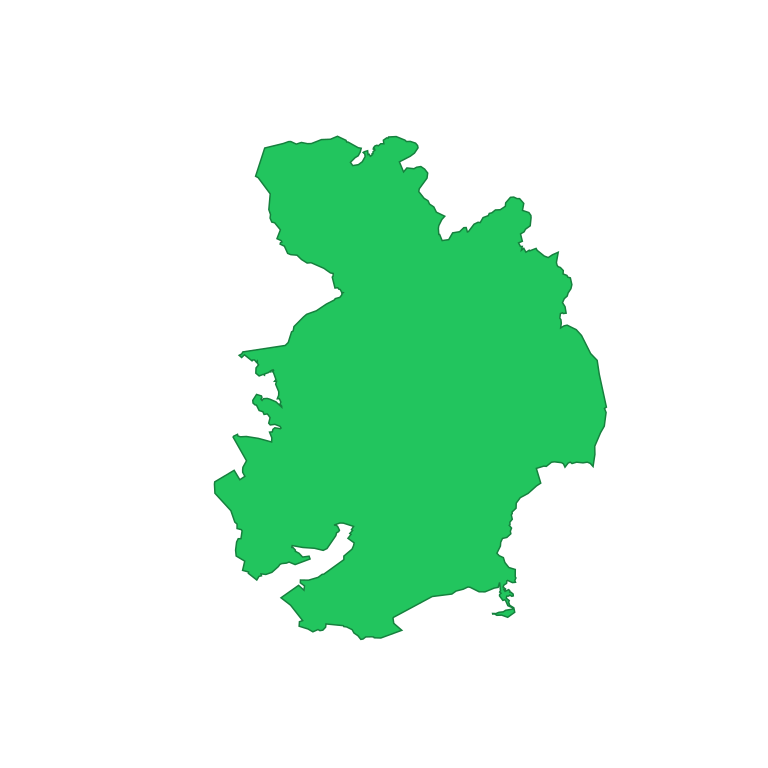 outline of Valle de Bravo, México, Mexico, rotated 239°
{"feature_id": "50627088B62549344911498", "entity_name": "Valle de Bravo", "entity_type": "district", "adm_level": 2, "iso_a3": "MEX", "parent_name": "Mexico", "parent_adm1": "México", "projection": "natural_earth1", "projection_center": [-100.12, 19.185], "detail": "fine", "context": "isolated", "style": "filled", "palette": "green", "viewbox_px": 768, "rotation_deg": 239, "n_neighbors": 0, "source": "geoboundaries", "source_scale": "gbopen_adm2", "svg_char_len": 6171}
<svg xmlns="http://www.w3.org/2000/svg" viewBox="0 0 768 768"><g transform="rotate(239 384 384)"><path d="M440.7,269.4L437.6,263.1L435.1,261.9L432.5,262.7L431.6,263.8L425.6,263.3L422.6,265.9L419.7,265.5L418.5,268.5L416.9,268.8L413.8,269.0L409.8,265.0L407.5,265.4L405.6,269.7L401.2,273.1L399.3,273.1L399.1,272.1L402.7,267.9L402.3,265.4L400.5,263.6L401.7,261.1L395.6,260.1L392.2,257.8L402.1,248.3L409.9,239.0L412.7,233.7L414.7,232.0L416.3,232.5L416.7,228.2L416.2,227.3L389.0,226.6L385.3,220.2L383.2,218.6L381.1,217.4L376.5,217.2L376.2,211.1L387.2,211.1L387.3,188.5L385.5,187.1L377.4,182.8L354.3,187.5L342.5,185.0L339.6,185.9L335.8,183.6L332.6,186.7L331.2,186.7L325.1,181.7L326.5,179.4L324.5,176.3L318.0,171.2L312.7,168.7L303.9,173.4L297.1,166.8L292.6,171.1L291.6,170.2L281.5,174.0L283.5,177.8L282.7,180.2L284.6,180.8L281.6,184.6L280.3,190.9L281.9,199.4L283.0,201.9L282.7,203.9L280.7,208.2L280.3,210.9L275.0,214.8L272.1,230.5L275.0,231.1L277.6,225.1L282.7,224.0L286.3,221.8L287.3,222.5L290.8,221.7L291.4,220.8L292.8,222.1L285.7,230.2L279.0,239.8L272.7,246.2L272.3,250.4L278.8,264.6L280.9,266.7L280.8,269.0L281.6,270.5L285.9,270.9L287.6,270.2L288.8,268.5L287.6,274.5L285.7,277.5L277.6,284.6L275.9,281.1L274.6,281.6L273.5,277.7L272.1,278.3L270.3,273.6L263.2,276.6L261.0,274.5L258.9,271.5L257.2,261.0L254.1,259.1L252.0,234.4L252.7,232.9L252.2,228.0L254.7,218.3L259.0,211.4L256.7,209.9L251.9,211.9L248.5,209.2L255.4,207.1L253.8,185.6L242.5,190.0L223.1,192.4L223.8,189.1L220.1,186.5L213.1,192.7L208.2,195.4L207.5,201.0L205.6,202.0L204.5,204.8L205.6,208.7L208.2,210.7L197.8,224.7L196.8,224.6L195.1,226.8L189.8,230.2L186.0,230.0L181.7,232.0L177.0,232.6L176.2,234.7L176.6,238.1L173.7,243.2L172.5,244.8L171.5,244.9L167.9,250.5L163.7,272.4L173.8,269.1L178.6,271.1L179.1,271.9L177.0,315.9L169.0,334.0L169.4,339.2L167.3,346.2L166.8,351.4L165.4,353.1L156.9,358.5L153.8,363.6L152.3,373.4L150.9,377.1L154.4,380.9L146.9,377.4L146.1,376.0L144.4,376.6L144.0,374.7L142.9,373.9L137.3,374.4L136.8,376.3L135.9,376.7L130.2,376.0L125.6,379.2L124.6,378.9L127.4,371.7L127.3,368.9L129.1,365.0L129.6,361.7L131.4,358.9L130.8,358.7L130.0,360.3L127.6,361.6L125.3,365.8L120.3,369.9L121.0,378.5L125.3,380.0L129.6,377.8L132.8,378.5L133.8,379.8L137.4,378.5L138.9,379.9L138.0,381.7L138.3,383.1L136.2,384.2L135.8,385.7L137.5,386.5L140.3,385.5L140.9,384.6L141.7,385.3L143.5,385.0L143.9,381.0L146.1,380.9L145.3,382.0L145.7,382.6L148.6,381.5L149.9,383.3L150.0,386.4L152.0,387.9L152.0,388.8L147.6,391.8L146.3,394.6L148.3,395.0L149.8,397.2L151.2,397.2L157.4,401.0L162.4,396.5L168.8,395.7L173.7,396.9L177.5,394.3L180.8,393.6L185.1,400.3L188.2,402.5L190.6,406.0L189.2,410.3L190.3,415.6L192.8,416.5L194.8,419.1L198.4,418.6L198.6,419.6L200.7,420.7L202.0,424.3L206.2,425.7L206.9,427.2L208.3,427.8L209.5,433.2L213.8,436.0L216.4,442.3L216.0,451.2L218.1,462.2L218.3,467.3L233.2,471.1L231.3,478.7L229.8,480.7L230.7,487.3L229.5,490.0L225.1,495.7L223.1,496.7L219.5,496.3L221.4,501.1L221.1,503.4L219.0,504.2L217.8,508.8L213.9,514.0L212.3,518.0L209.8,519.9L205.6,520.7L215.0,528.5L222.1,532.6L230.7,544.5L234.4,551.1L245.2,559.7L249.5,560.4L249.6,562.7L281.4,573.5L294.5,578.9L303.7,576.8L323.9,578.3L331.5,576.8L340.1,571.3L341.1,568.3L341.1,564.3L344.8,567.3L348.1,568.8L349.9,568.6L353.5,571.5L353.1,573.7L352.1,573.9L350.9,576.6L357.0,579.0L361.8,578.9L364.3,582.5L365.0,586.3L367.2,588.7L369.4,593.3L372.4,596.2L379.0,598.4L380.9,596.6L382.9,596.7L386.1,594.2L388.9,596.1L393.0,595.2L395.0,593.6L397.0,593.6L399.4,594.4L407.2,601.2L408.0,594.9L407.8,589.9L411.1,587.3L419.7,584.1L421.9,584.2L423.1,577.5L423.9,577.4L423.9,573.5L428.3,573.7L427.9,570.7L430.7,573.4L431.6,571.8L435.7,572.0L435.1,576.1L442.3,578.3L442.3,582.5L443.8,585.0L444.3,590.8L450.8,595.7L452.8,596.7L456.3,596.5L461.5,592.1L466.8,596.8L473.1,595.7L474.4,593.5L477.4,591.5L478.9,588.5L476.6,581.6L473.8,579.5L473.5,573.4L475.8,569.1L475.2,564.5L476.0,562.1L474.6,560.1L475.6,554.6L472.8,549.6L474.2,547.9L474.6,543.5L471.2,535.0L471.4,533.8L475.8,535.0L476.9,532.9L475.6,527.2L478.2,520.7L474.4,513.8L477.0,507.7L483.6,508.7L484.0,508.0L489.3,510.7L491.5,512.5L495.2,518.3L496.5,522.5L504.3,517.4L510.1,517.9L514.8,515.7L518.4,516.1L522.5,514.0L531.0,512.9L533.2,514.8L538.3,526.9L542.3,530.1L547.3,529.5L551.4,527.6L553.0,523.6L553.1,520.6L557.4,514.9L555.7,510.0L566.5,511.6L565.7,523.8L566.2,529.0L568.9,534.8L571.1,535.6L574.2,535.1L578.4,531.5L580.3,528.1L582.2,527.6L589.8,521.9L593.4,515.1L592.7,514.3L593.6,513.0L593.3,509.0L590.0,507.6L591.6,505.0L591.1,501.8L592.3,500.9L592.7,498.8L592.0,496.9L591.1,497.1L591.0,495.8L589.2,496.7L588.7,494.2L587.1,493.2L587.5,492.4L586.3,491.4L586.2,489.6L588.6,489.6L588.8,488.5L592.4,490.1L593.2,486.9L593.2,485.4L591.0,486.0L588.6,484.9L585.7,479.9L585.2,475.0L587.3,469.7L591.3,469.4L592.9,475.8L592.9,479.4L595.0,483.0L597.8,485.9L599.8,483.6L609.9,477.8L610.6,476.7L612.5,476.9L620.3,471.7L621.4,464.1L625.7,456.3L627.5,445.6L629.4,442.2L633.6,437.6L634.8,432.4L639.8,429.0L640.9,427.1L642.0,421.6L647.7,403.3L628.2,380.9L625.7,382.4L605.6,384.4L592.8,375.1L587.7,374.0L584.9,371.8L580.6,371.2L578.5,373.3L569.5,374.6L563.7,367.1L559.9,369.7L558.3,369.6L558.4,368.0L557.4,367.0L553.4,369.6L545.6,368.7L542.9,370.7L539.2,375.8L533.2,377.4L527.3,380.4L525.5,384.0L514.2,392.0L506.8,395.3L504.9,397.4L502.6,395.8L502.3,394.7L491.5,391.4L490.4,393.9L488.4,394.2L487.5,395.2L484.4,394.9L483.4,396.0L483.1,394.3L482.2,393.9L481.0,390.8L482.3,386.2L481.6,384.6L482.2,375.7L481.6,363.7L483.6,353.5L482.9,349.4L479.6,336.4L476.3,333.5L476.3,331.6L468.9,323.3L467.9,319.2L484.2,279.6L483.1,277.5L483.2,274.6L480.0,275.6L480.9,279.4L471.8,282.8L472.2,283.9L471.3,285.4L468.5,285.8L468.9,287.2L466.8,286.1L465.0,286.3L463.7,282.6L459.3,279.7L455.2,281.1L454.5,285.4L453.1,286.1L454.1,286.9L453.3,290.9L453.7,293.8L452.7,292.1L453.6,294.6L453.3,296.3L452.6,296.4L451.9,294.7L451.5,295.3L443.5,293.7L442.7,291.6L441.7,293.3L439.6,291.0L431.6,289.8L428.6,287.9L426.3,284.9L425.3,286.7L424.3,286.6L421.6,286.3L420.4,284.5L417.8,284.9L416.8,284.4L424.4,282.2L429.8,278.3L431.8,276.4L433.5,273.1L432.7,271.0L434.4,270.7L435.4,272.5L436.9,272.8L440.7,269.4Z" fill="#22c55e" stroke="#15803d" stroke-width="1.5"/></g></svg>